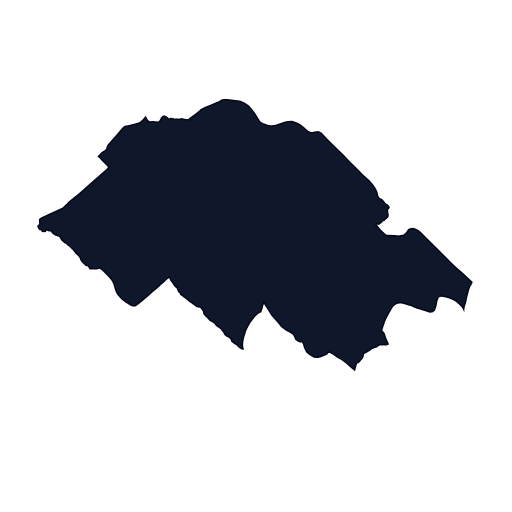 Banteay Meas, Kâmpôt, Cambodia, rotated 135°
{"feature_id": "14789045B96186957930453", "entity_name": "Banteay Meas", "entity_type": "district", "adm_level": 2, "iso_a3": "KHM", "parent_name": "Cambodia", "parent_adm1": "Kâmpôt", "projection": "robinson", "projection_center": [104.619, 10.653], "detail": "fine", "context": "isolated", "style": "filled", "palette": "ink", "viewbox_px": 512, "rotation_deg": 135, "n_neighbors": 0, "source": "geoboundaries", "source_scale": "gbopen_adm2", "svg_char_len": 6127}
<svg xmlns="http://www.w3.org/2000/svg" viewBox="0 0 512 512"><g transform="rotate(135 256 256)"><path d="M146.8,71.5L145.8,72.4L143.3,73.8L140.5,75.2L138.0,76.9L134.5,79.1L130.9,81.2L128.5,82.5L126.7,83.3L124.7,83.8L123.2,84.3L121.9,84.8L122.3,97.1L122.9,105.2L123.1,111.1L123.1,138.6L123.2,149.3L123.1,155.2L123.5,159.7L125.2,164.0L127.2,165.7L129.4,166.7L132.9,165.9L136.9,166.2L141.3,169.3L143.6,172.2L149.5,178.6L149.8,183.8L149.8,187.0L149.0,193.6L147.7,193.7L147.3,192.6L146.6,191.6L145.8,191.7L144.6,191.4L143.7,191.3L142.6,191.4L141.8,191.7L141.2,191.4L140.2,190.6L139.2,190.9L136.4,190.5L135.1,190.6L134.0,191.3L133.2,192.2L132.1,194.0L131.3,194.8L130.6,195.5L130.0,196.0L129.0,196.1L127.8,196.1L127.3,196.9L127.3,197.9L127.1,198.9L127.4,200.0L127.8,201.4L127.7,202.5L127.5,203.6L127.2,206.8L128.0,208.8L128.2,209.9L127.5,212.6L125.7,215.3L125.1,216.6L123.9,220.5L123.3,224.0L123.0,228.1L122.9,229.5L123.3,235.5L123.4,240.6L123.3,242.5L123.3,247.6L123.3,250.8L123.4,254.9L123.3,261.0L123.1,265.5L123.3,274.1L123.3,278.8L123.4,283.5L123.4,288.3L123.1,296.5L123.8,299.1L124.6,300.2L126.7,301.8L129.0,303.3L130.3,304.7L131.3,307.4L131.5,310.4L131.6,312.7L132.1,317.3L132.6,319.2L134.3,323.4L135.5,325.7L137.7,327.7L140.2,329.6L143.2,331.1L145.4,332.2L149.3,334.1L153.0,336.8L155.1,339.2L156.3,341.7L157.7,344.7L158.3,346.6L158.5,348.9L157.9,350.6L157.3,353.5L156.3,357.7L155.6,362.6L155.3,367.3L156.1,371.5L157.0,374.4L157.9,376.6L160.3,379.7L164.8,385.5L167.2,388.3L169.9,390.4L172.7,390.9L176.2,392.4L179.3,393.6L182.9,395.1L186.8,396.8L191.4,398.3L193.5,398.3L199.1,398.9L204.4,399.8L207.7,400.1L209.7,402.5L211.8,405.9L212.9,406.3L214.2,407.4L215.4,408.9L216.8,410.0L217.3,411.0L218.2,412.4L219.2,413.7L220.8,413.6L221.0,416.0L221.2,417.9L222.0,419.8L223.2,420.5L225.3,420.3L228.6,419.3L230.1,419.5L230.8,420.0L232.0,421.3L233.1,422.8L234.1,423.9L235.2,424.9L236.4,425.6L236.9,427.8L236.8,429.1L236.1,431.4L235.9,432.3L238.0,432.1L240.4,432.0L243.1,432.2L245.0,432.7L246.6,433.8L247.9,434.4L254.6,438.4L256.2,439.7L257.3,440.3L259.2,440.5L268.0,439.8L277.6,439.2L282.4,438.9L283.9,438.4L285.0,437.6L286.2,437.0L288.1,437.0L289.1,437.3L292.4,438.0L293.8,437.8L296.0,437.8L297.0,437.8L296.8,435.9L297.0,433.5L297.0,431.1L297.0,428.6L297.0,426.4L297.0,424.4L297.1,423.1L299.2,422.5L301.8,422.6L307.9,423.1L311.2,423.2L314.3,423.5L335.9,424.8L339.6,425.1L342.3,425.5L345.0,425.7L347.1,426.0L349.9,426.2L351.9,426.2L352.0,425.5L354.1,426.3L356.1,426.2L358.1,426.3L359.2,426.5L360.8,427.1L362.8,427.8L367.8,429.7L371.0,430.9L373.7,431.9L380.7,434.4L383.1,434.8L383.7,434.0L384.6,433.4L385.4,432.3L386.1,431.6L387.4,431.1L388.4,431.4L389.3,431.0L389.7,430.1L390.0,429.0L390.1,427.6L389.6,427.0L389.1,426.1L389.6,425.1L389.4,424.0L388.3,423.3L387.5,422.3L386.9,422.8L386.0,422.7L385.0,421.8L384.7,420.7L384.1,419.8L383.4,419.1L382.9,418.4L383.4,417.0L383.4,415.6L383.3,414.5L382.9,412.8L382.5,411.9L381.9,410.8L381.1,409.1L381.1,407.6L381.5,406.0L381.9,404.8L382.0,404.0L381.7,403.1L381.8,400.9L380.9,398.9L381.1,397.8L381.0,396.4L380.7,395.3L380.7,392.3L380.6,390.2L380.7,389.0L381.3,385.1L381.1,382.7L381.2,380.4L381.5,379.0L382.4,377.2L382.7,376.0L382.8,375.2L382.9,373.2L382.8,372.3L382.8,369.5L382.2,368.8L381.7,367.9L381.6,366.9L382.2,365.4L382.4,364.4L380.7,362.8L379.6,361.5L378.8,360.7L377.5,359.5L376.2,358.7L374.8,357.9L374.6,356.9L374.4,355.4L374.3,351.4L374.4,349.0L374.3,347.0L374.5,343.4L374.8,340.8L375.2,339.1L375.7,337.8L376.3,336.4L377.3,334.4L378.2,332.9L379.0,331.5L379.7,330.0L380.1,328.7L380.6,327.4L380.8,326.2L380.9,324.0L381.1,322.3L381.0,319.5L380.7,317.4L380.4,315.4L379.7,312.3L379.5,311.3L379.1,309.6L378.6,308.4L377.1,306.6L376.5,306.2L375.6,306.0L372.8,305.6L367.5,305.0L365.7,304.9L361.4,304.5L354.9,304.2L348.9,303.6L346.2,303.5L343.4,303.5L340.2,303.1L337.6,303.1L335.9,303.1L333.1,302.6L332.0,302.9L332.2,301.9L332.5,300.9L333.2,299.5L333.5,297.3L334.4,292.6L334.5,291.4L334.3,289.9L334.5,288.7L335.1,287.2L335.7,285.9L335.8,285.0L335.6,283.8L336.2,282.5L336.3,281.5L335.9,279.7L335.7,277.7L335.2,275.2L335.1,274.0L335.0,271.1L334.5,268.9L334.3,267.2L334.0,265.8L333.7,263.6L333.6,262.6L333.2,261.5L331.8,259.7L331.4,258.7L331.6,256.8L332.0,254.5L332.5,253.3L333.2,252.6L333.7,251.6L333.8,249.0L333.7,248.1L333.8,247.0L333.7,245.9L334.0,242.8L333.5,241.8L333.3,241.0L333.1,240.0L332.5,237.4L332.9,236.1L333.0,234.8L332.6,232.4L332.3,231.0L332.1,229.5L332.0,228.3L332.5,227.2L332.5,226.2L332.4,225.0L333.2,223.7L333.4,222.4L333.3,220.8L333.1,219.6L332.8,218.7L332.4,217.7L332.2,216.4L332.5,214.1L333.2,213.2L333.4,212.2L333.0,211.0L333.0,209.6L332.8,208.4L332.1,207.3L332.3,205.8L332.3,204.7L332.1,203.9L332.3,203.2L332.1,202.4L331.8,201.2L331.6,200.2L330.7,199.5L330.1,200.9L328.9,202.4L326.3,204.7L324.2,206.2L321.8,207.7L318.6,209.3L316.7,210.4L313.2,211.7L307.9,213.3L302.2,214.1L299.5,214.4L296.6,214.4L295.7,214.2L294.3,214.1L293.4,214.0L292.3,213.2L288.3,215.1L286.5,216.3L283.2,217.8L286.5,203.2L287.2,192.8L287.7,188.0L286.9,182.0L285.5,177.8L284.9,174.1L286.0,170.4L286.7,169.3L286.3,166.1L285.4,163.9L283.8,163.3L284.5,160.1L286.3,157.0L287.9,152.4L287.7,149.0L286.3,143.4L283.8,140.5L280.8,138.9L275.5,136.7L273.3,136.9L271.8,136.0L270.6,131.9L269.8,126.7L268.5,122.4L267.5,115.5L267.5,112.3L266.9,105.7L263.3,107.8L262.6,108.2L260.8,109.1L259.2,108.6L257.2,108.3L256.1,108.6L253.9,108.6L251.9,109.1L251.2,109.6L250.1,110.2L249.3,111.3L248.5,110.8L246.5,110.2L242.6,109.2L239.9,108.8L237.1,107.9L234.8,106.4L233.2,106.4L231.3,105.8L228.9,103.5L226.6,101.1L224.9,100.4L224.4,101.3L223.4,104.1L222.2,107.0L221.0,109.2L220.1,111.3L220.1,114.4L219.4,114.9L217.6,115.9L211.1,119.1L207.4,120.5L202.3,122.0L198.5,123.0L194.7,124.0L190.2,123.3L188.8,122.4L187.3,121.2L186.2,120.1L184.2,116.8L182.6,113.6L181.8,112.2L181.3,111.6L181.0,110.9L180.3,108.7L179.2,106.1L178.3,104.3L177.5,103.1L176.8,101.5L176.0,100.0L174.7,97.6L172.7,93.5L170.8,92.0L168.3,91.6L165.8,92.7L163.2,94.2L160.3,96.3L157.3,97.7L155.7,98.1L154.6,97.7L153.0,96.4L151.3,94.1L149.8,91.6L148.5,89.1L147.2,85.7L146.3,82.6L146.0,78.8L146.1,73.6L146.8,71.5Z" fill="#0f172a" stroke="#020617" stroke-width="1.5"/></g></svg>